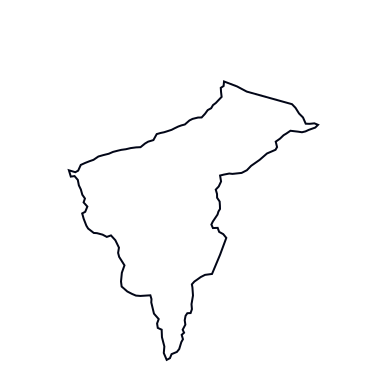 Umari, Ceará, Brazil (Robinson projection), rotated 135°
{"feature_id": "56859067B43612992911559", "entity_name": "Umari", "entity_type": "district", "adm_level": 2, "iso_a3": "BRA", "parent_name": "Brazil", "parent_adm1": "Ceará", "projection": "robinson", "projection_center": [-38.728, -6.619], "detail": "fine", "context": "isolated", "style": "outline", "palette": "ink", "viewbox_px": 384, "rotation_deg": 135, "n_neighbors": 0, "source": "geoboundaries", "source_scale": "gbopen_adm2", "svg_char_len": 2088}
<svg xmlns="http://www.w3.org/2000/svg" viewBox="0 0 384 384"><g transform="rotate(135 192 192)"><path d="M263.7,294.4L266.8,288.6L263.8,286.3L264.2,281.3L267.3,276.7L268.8,272.4L271.5,267.6L272.3,263.1L276.0,261.3L276.3,255.7L281.5,253.5L284.8,254.5L287.5,249.7L290.5,242.9L291.3,239.6L290.4,232.5L288.3,230.1L285.4,225.1L284.0,220.5L280.0,218.6L280.3,212.1L283.0,204.3L287.3,201.2L289.4,197.6L291.6,187.9L298.7,184.5L305.5,178.9L308.6,174.9L308.1,167.4L306.5,162.4L304.9,158.4L302.0,155.0L294.5,148.4L296.4,144.9L298.9,142.7L304.9,132.9L305.4,125.7L309.7,123.7L312.3,120.1L310.8,116.1L315.9,110.6L320.8,102.3L325.8,98.1L328.6,91.2L325.1,90.1L321.1,91.8L315.8,89.6L312.1,90.0L305.7,93.4L302.5,94.3L300.3,98.3L297.1,98.1L296.0,101.2L290.5,102.9L287.8,106.5L284.1,109.0L281.0,109.6L278.6,107.4L274.9,109.2L271.7,113.0L264.5,118.1L259.2,124.2L257.4,126.8L253.6,127.0L250.3,126.4L246.0,125.7L241.4,124.2L235.8,119.9L216.5,127.8L200.2,135.3L199.7,140.1L201.0,144.6L199.2,148.5L202.7,151.7L201.3,155.3L198.1,156.4L189.9,158.0L187.1,159.5L184.2,160.2L182.0,162.5L179.2,165.7L178.3,170.2L175.7,172.9L173.5,176.9L169.2,177.0L164.0,178.9L160.5,183.8L157.2,181.8L152.6,178.7L150.6,176.2L143.4,170.4L137.8,168.6L131.7,168.7L121.5,166.9L111.7,166.2L103.1,162.8L100.1,163.6L97.2,168.4L92.1,167.5L87.1,167.4L83.9,166.6L79.1,165.7L74.2,159.5L72.0,156.5L68.9,154.6L65.6,153.4L62.0,151.7L59.3,150.4L55.4,150.4L56.9,154.0L60.7,157.1L63.3,159.9L60.8,166.2L60.8,171.8L59.3,178.3L59.2,183.4L82.3,224.3L85.5,234.8L91.2,247.5L94.7,244.6L98.0,245.3L100.8,242.1L103.8,238.3L108.7,238.2L112.2,238.1L115.7,238.6L119.2,237.7L123.0,238.8L127.4,238.1L132.5,237.9L135.1,240.4L139.9,243.3L143.2,244.4L146.3,244.6L149.3,244.8L152.4,246.6L155.4,248.0L159.1,249.3L162.5,250.4L166.8,252.6L169.5,254.0L172.4,255.9L176.0,257.9L182.6,256.0L187.4,258.6L190.9,259.5L196.7,260.1L200.0,263.1L204.3,266.4L208.5,269.0L212.2,271.8L215.1,273.6L219.5,276.2L223.8,277.9L228.6,280.8L233.1,283.3L238.9,284.4L242.6,286.2L247.0,288.1L251.5,289.8L257.4,287.6L260.5,288.5L263.7,294.4Z" fill="none" stroke="#020617" stroke-width="2"/></g></svg>